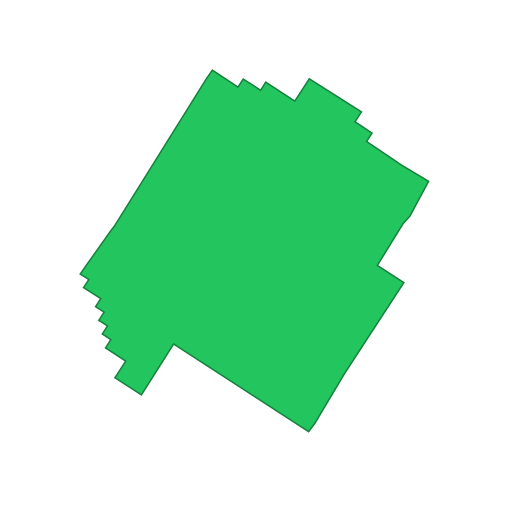 outline of Wayne, Missouri, United States of America, rotated 122°
{"feature_id": "52423323B35235503549305", "entity_name": "Wayne", "entity_type": "district", "adm_level": 2, "iso_a3": "USA", "parent_name": "United States of America", "parent_adm1": "Missouri", "projection": "equal_earth", "projection_center": [-90.442, 37.12], "detail": "fine", "context": "isolated", "style": "filled", "palette": "green", "viewbox_px": 512, "rotation_deg": 122, "n_neighbors": 0, "source": "geoboundaries", "source_scale": "gbopen_adm2", "svg_char_len": 659}
<svg xmlns="http://www.w3.org/2000/svg" viewBox="0 0 512 512"><g transform="rotate(122 256 256)"><path d="M377.1,118.3L367.1,117.4L308.6,118.6L200.2,116.5L199.7,148.1L150.6,148.4L140.5,146.6L101.2,149.2L101.8,180.1L100.3,222.9L90.3,222.7L89.7,243.1L77.9,243.0L77.5,304.7L104.1,305.2L103.4,339.9L113.0,339.9L112.8,350.0L112.7,360.6L122.3,360.8L121.5,391.5L131.3,392.0L305.3,391.9L312.8,392.6L355.5,395.1L364.5,395.5L364.5,385.3L374.2,385.5L374.4,365.1L384.0,365.2L384.1,355.1L393.9,355.2L394.0,344.9L403.6,345.0L403.9,334.8L413.7,334.9L414.2,310.8L434.0,311.1L434.5,279.6L374.3,279.2L377.1,118.3Z" fill="#22c55e" stroke="#15803d" stroke-width="1.5"/></g></svg>